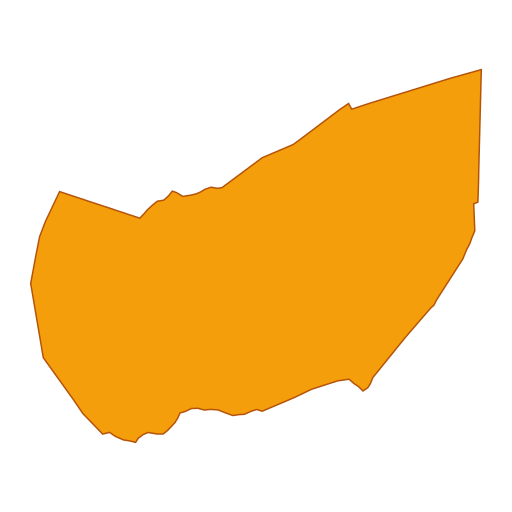 Atalaia, Alagoas, Brazil
{"feature_id": "56859067B90455625956107", "entity_name": "Atalaia", "entity_type": "district", "adm_level": 2, "iso_a3": "BRA", "parent_name": "Brazil", "parent_adm1": "Alagoas", "projection": "albers", "projection_center": [-36.08, -9.497], "detail": "fine", "context": "isolated", "style": "filled", "palette": "amber", "viewbox_px": 512, "rotation_deg": 0, "n_neighbors": 0, "source": "geoboundaries", "source_scale": "gbopen_adm2", "svg_char_len": 1236}
<svg xmlns="http://www.w3.org/2000/svg" viewBox="0 0 512 512"><path d="M433.9,305.1L436.9,299.4L462.9,258.8L464.9,253.8L466.7,249.5L469.9,243.4L471.9,237.7L474.8,230.8L473.7,203.8L477.9,202.1L478.6,179.6L478.7,171.9L481.3,69.6L451.2,78.0L438.6,81.9L370.4,103.0L351.7,109.2L348.6,103.5L339.5,109.7L303.2,137.1L293.2,144.5L262.2,157.7L221.9,187.7L217.2,188.3L211.0,187.2L204.7,189.4L200.9,191.8L196.4,193.8L190.5,195.2L182.9,196.4L176.5,192.6L172.3,191.1L168.7,195.7L163.7,200.2L157.3,201.2L152.4,205.2L147.4,209.8L144.1,213.7L139.8,218.2L59.6,191.6L45.5,221.3L39.6,236.7L35.2,259.1L30.7,283.5L43.3,357.7L50.2,367.3L73.1,399.2L82.9,413.6L102.7,434.1L109.6,432.4L115.1,436.2L119.3,438.1L123.4,439.9L130.2,441.0L135.6,442.4L138.2,438.3L142.9,434.7L147.9,432.5L152.9,433.3L157.1,434.0L163.1,434.0L167.1,430.9L171.1,426.8L175.1,422.4L177.8,417.9L180.1,412.9L184.9,411.6L191.5,408.5L197.9,408.3L204.4,410.0L210.4,409.4L218.0,409.9L225.3,412.8L232.8,415.5L239.3,414.6L244.4,414.3L251.3,411.2L256.8,409.5L262.2,411.2L294.4,397.5L311.5,389.3L337.5,380.9L349.1,379.2L354.0,383.6L358.3,386.4L363.0,391.0L367.8,387.7L370.4,383.6L372.8,377.6L404.7,338.2L409.1,333.0L430.3,308.5L433.9,305.1Z" fill="#f59e0b" stroke="#b45309" stroke-width="1.5"/></svg>